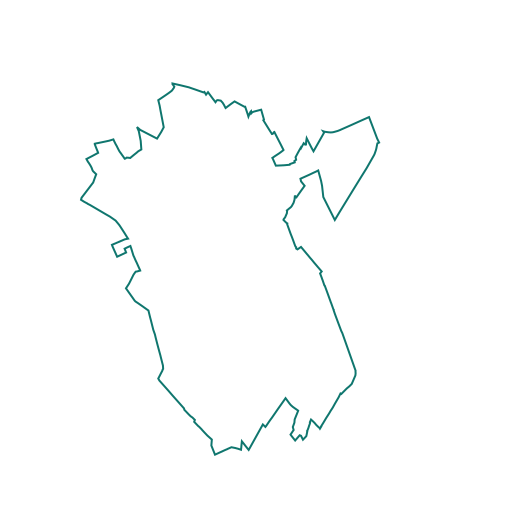 the district of Valmiera, Valmiera, Latvia, rotated 253°
{"feature_id": "27541924B28912918597311", "entity_name": "Valmiera", "entity_type": "district", "adm_level": 2, "iso_a3": "LVA", "parent_name": "Latvia", "parent_adm1": "Valmiera", "projection": "natural_earth1", "projection_center": [25.423, 57.526], "detail": "fine", "context": "isolated", "style": "outline", "palette": "teal", "viewbox_px": 512, "rotation_deg": 253, "n_neighbors": 0, "source": "geoboundaries", "source_scale": "gbopen_adm2", "svg_char_len": 5735}
<svg xmlns="http://www.w3.org/2000/svg" viewBox="0 0 512 512"><g transform="rotate(253 256 256)"><path d="M114.5,316.9L116.5,317.4L117.2,317.7L157.0,316.0L159.5,315.6L169.1,315.0L177.7,314.5L181.6,314.4L181.8,314.6L182.1,314.5L182.5,314.4L189.1,314.1L189.7,314.0L190.4,314.0L200.3,313.5L207.5,313.1L207.8,312.8L213.9,312.6L214.9,312.5L215.9,312.5L220.6,312.2L222.0,314.3L227.2,312.0L230.0,310.8L232.5,309.7L233.5,309.3L236.2,308.2L238.4,307.2L240.6,306.3L241.6,305.9L242.7,305.4L251.5,301.7L250.2,297.6L251.4,296.6L252.6,297.0L253.5,296.5L254.8,296.4L256.3,296.3L260.4,296.1L263.5,295.9L267.2,295.6L277.2,295.1L278.0,295.5L278.6,294.9L280.4,293.9L282.5,292.8L283.1,293.2L284.5,295.2L286.4,296.8L287.8,298.0L290.4,299.1L290.6,299.0L291.9,302.1L292.5,303.6L293.3,304.8L295.9,307.5L298.6,309.3L302.5,310.9L300.2,311.1L300.1,311.4L300.1,311.6L300.4,311.9L300.7,312.3L304.8,317.6L308.9,323.0L314.2,320.9L316.9,321.1L317.2,323.5L318.1,330.6L318.7,334.6L319.2,338.3L319.6,340.5L308.8,340.2L303.8,339.7L292.7,337.6L267.4,341.9L273.8,349.0L290.7,368.1L300.9,379.7L307.6,387.4L317.4,397.8L318.5,398.9L319.4,399.6L320.5,400.4L322.0,401.5L323.6,402.5L325.5,403.5L328.2,405.0L328.4,406.4L328.5,406.9L332.9,406.2L334.4,406.1L355.8,404.7L354.7,395.7L353.3,384.7L352.1,374.7L351.9,373.3L351.7,370.7L351.8,366.5L351.9,365.5L352.1,364.5L352.4,363.3L353.3,361.1L354.1,359.4L354.7,358.1L355.7,356.7L354.1,357.2L344.9,347.5L339.3,341.6L342.5,340.9L349.1,339.7L353.8,338.9L351.0,337.5L349.7,337.0L348.0,336.4L348.1,335.6L349.9,334.6L349.2,333.9L345.8,330.4L346.1,330.3L346.3,330.3L345.2,329.1L342.1,325.9L339.6,323.4L338.9,322.7L338.2,322.7L336.3,322.5L335.6,320.5L334.2,320.4L334.0,315.4L333.4,314.9L334.3,310.6L334.7,308.8L336.6,301.4L344.2,300.5L345.0,300.3L346.0,303.4L347.4,308.2L347.7,309.0L347.9,309.7L348.1,310.2L348.4,311.0L349.0,312.6L349.2,313.2L349.3,313.3L355.2,312.3L362.4,311.0L369.3,309.8L369.3,309.7L367.9,307.6L368.0,306.9L368.8,306.7L372.0,305.8L380.7,303.5L383.7,302.7L384.1,303.5L394.2,303.7L394.4,303.7L394.7,296.3L394.6,294.6L393.8,293.2L395.9,293.6L395.6,293.0L393.7,291.2L391.5,289.5L393.4,289.5L394.0,289.5L401.9,289.3L402.0,288.7L404.7,286.0L410.1,280.7L408.7,276.5L407.6,273.5L407.4,272.9L406.4,270.2L407.3,270.0L409.7,269.6L412.4,268.9L414.9,267.7L415.9,265.7L416.2,265.2L416.3,264.7L416.3,264.2L416.2,263.9L414.9,262.2L416.9,261.5L419.3,260.6L426.7,258.0L424.9,255.4L428.0,254.6L427.8,253.6L433.1,246.4L434.1,245.0L435.4,243.2L436.8,241.3L437.0,241.0L441.4,233.6L445.4,226.6L444.9,226.5L444.8,226.4L441.8,227.4L440.8,226.6L438.8,224.0L438.3,222.8L437.8,221.4L437.3,220.0L436.3,216.9L433.6,208.1L427.9,207.8L423.8,207.3L406.1,205.4L402.4,201.7L397.2,195.7L410.1,182.5L410.2,182.3L414.1,179.9L409.6,180.4L399.8,179.4L391.4,177.5L390.6,174.1L389.4,171.4L389.3,171.1L389.0,170.3L388.6,169.4L388.4,168.8L388.1,168.1L386.8,165.0L386.5,164.4L387.1,163.1L387.9,161.1L387.4,159.6L387.4,158.9L388.6,158.5L389.6,158.2L390.5,157.9L391.9,157.4L393.5,156.9L395.1,156.3L396.5,155.9L398.6,155.5L400.4,155.2L402.2,154.9L403.9,154.5L405.7,154.2L407.5,153.9L409.2,153.7L409.2,149.3L409.5,145.6L410.2,137.9L410.4,136.3L410.5,134.6L410.2,134.5L409.8,134.5L405.7,134.8L401.5,135.2L401.1,135.2L400.8,135.2L399.5,128.7L398.3,122.2L395.4,122.8L393.6,123.4L391.0,124.1L389.0,124.5L388.3,124.6L386.1,124.7L385.4,124.8L385.0,124.9L384.5,125.1L380.9,127.1L377.4,124.4L373.9,121.8L368.3,114.0L362.7,106.2L360.9,105.1L358.0,107.6L355.5,110.1L355.2,110.2L353.4,112.1L339.8,124.6L336.4,127.8L331.8,131.4L330.9,132.1L326.6,133.9L325.3,134.4L321.2,135.6L315.9,137.1L311.7,138.2L310.0,138.7L310.3,135.4L308.8,121.5L307.1,121.6L295.9,123.0L297.3,132.8L301.4,132.5L301.9,135.6L302.3,138.8L302.2,138.8L299.6,138.9L297.1,138.9L294.6,138.9L292.2,138.9L291.6,139.0L290.4,139.2L289.2,139.3L286.7,139.6L284.2,140.0L281.7,140.3L279.3,140.6L276.3,141.0L275.9,141.0L276.0,137.7L276.2,136.4L275.8,135.8L274.1,133.6L273.5,133.0L269.6,129.3L266.9,126.7L266.7,126.5L266.5,126.3L263.1,122.2L248.8,126.9L247.8,127.4L245.5,129.3L242.2,131.9L237.5,135.5L236.6,136.2L236.1,136.6L235.3,137.2L228.4,136.8L225.3,136.7L215.5,136.2L210.5,136.4L209.0,136.3L207.6,136.2L201.3,135.9L195.9,135.7L192.8,135.6L189.0,135.5L187.4,135.4L178.9,135.0L178.6,135.0L175.2,134.2L174.7,133.5L173.8,133.0L171.6,130.8L168.7,128.0L167.5,126.8L167.4,126.7L165.1,127.2L152.9,132.8L146.8,135.5L131.3,142.6L129.9,142.5L124.7,145.1L124.3,145.3L121.9,146.6L120.1,148.0L118.6,148.8L117.1,149.6L115.5,148.4L110.3,151.0L109.3,151.7L106.2,153.3L105.2,153.7L104.6,154.0L101.9,155.3L100.3,156.1L99.5,156.5L98.7,156.9L98.5,157.0L94.2,159.6L93.4,160.1L87.8,157.9L78.0,158.7L79.5,169.9L79.7,171.9L79.7,172.1L79.8,172.3L80.3,176.6L78.3,180.3L78.2,180.4L76.9,182.5L76.3,183.3L75.7,184.2L75.1,185.0L77.1,185.9L78.4,186.4L79.1,186.7L81.0,187.5L82.9,188.3L79.1,189.8L78.0,190.2L72.7,192.3L74.2,193.9L92.9,213.3L89.8,215.0L90.1,215.4L90.4,215.9L93.8,220.1L95.8,222.7L96.2,223.3L96.6,223.8L96.9,224.2L103.4,232.4L109.2,239.9L110.3,241.3L111.4,242.7L106.0,244.6L104.9,245.0L103.7,245.5L102.9,245.9L102.1,246.4L101.6,246.7L101.1,247.0L98.6,248.9L96.2,250.8L95.7,251.1L88.4,245.2L85.4,244.0L83.0,242.2L81.7,241.2L78.6,241.1L75.1,236.8L73.7,237.3L68.1,239.5L71.8,245.4L70.9,246.5L66.6,247.2L69.0,251.4L70.0,252.0L73.3,253.8L73.7,253.7L73.9,254.0L75.9,255.6L76.3,255.9L77.8,256.9L79.8,258.4L80.6,258.9L81.1,259.1L81.4,259.2L81.5,259.1L81.7,259.3L83.5,260.8L81.3,262.1L79.3,263.2L76.9,264.2L74.5,265.5L72.7,266.6L72.2,266.7L73.9,268.6L74.1,268.5L76.7,271.5L80.6,275.8L83.9,279.7L86.2,282.2L87.5,283.8L88.7,285.2L91.9,288.5L96.7,293.7L99.8,296.6L99.1,297.2L102.8,304.1L104.1,307.2L105.7,310.2L106.3,310.7L106.4,310.8L106.6,310.9L107.0,311.3L109.5,313.4L112.7,316.1L114.5,316.9Z" fill="none" stroke="#0f766e" stroke-width="2"/></g></svg>